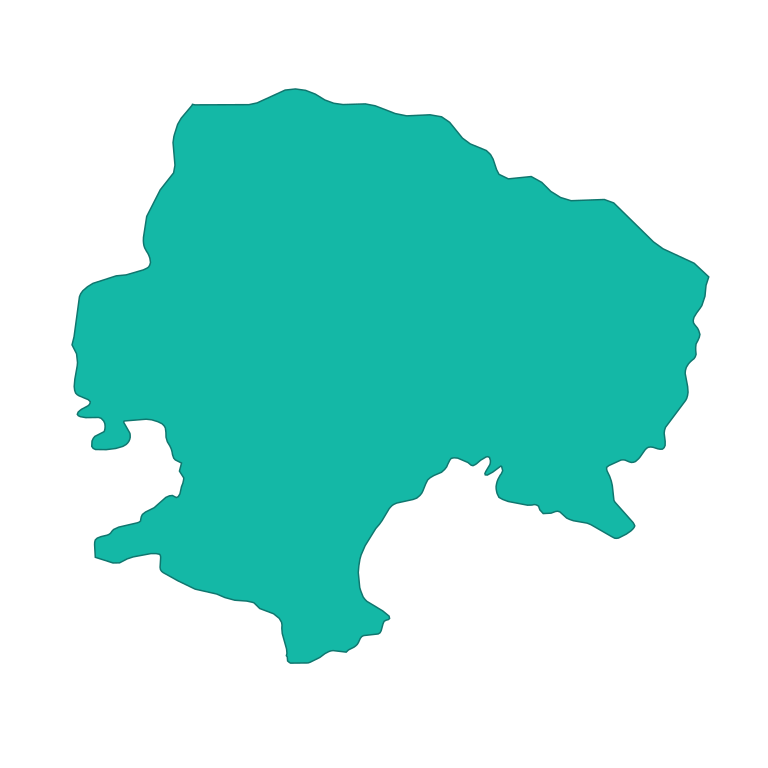 outline of Karachay-Cherkess, rotated 185°
{"feature_id": "RUS-2280", "entity_name": "Karachay-Cherkess", "entity_type": "Republic", "adm_level": 1, "iso_a3": "RUS", "parent_name": "Russia", "parent_adm1": "", "projection": "orthographic", "projection_center": [41.758, 43.838], "detail": "fine", "context": "isolated", "style": "filled", "palette": "teal", "viewbox_px": 768, "rotation_deg": 185, "n_neighbors": 0, "source": "natural_earth", "source_scale": "10m", "svg_char_len": 4846}
<svg xmlns="http://www.w3.org/2000/svg" viewBox="0 0 768 768"><g transform="rotate(185 384 384)"><path d="M180.6,587.0L170.9,584.4L128.0,549.1L117.8,543.0L85.5,531.3L69.8,519.0L71.8,510.3L71.9,499.4L74.2,489.8L75.6,487.2L78.7,482.1L81.0,477.5L81.5,474.3L81.0,471.9L79.7,470.2L76.5,466.9L75.1,464.6L73.6,460.9L74.0,457.9L75.0,454.9L76.6,451.1L76.7,447.9L76.4,444.7L75.7,440.7L76.3,438.2L77.4,436.2L78.9,434.8L80.6,433.0L82.4,430.7L84.3,426.9L84.9,423.7L84.9,420.8L81.3,407.9L80.4,402.3L80.6,398.9L81.2,396.0L82.1,393.9L99.8,365.4L100.5,362.3L100.6,359.4L98.9,351.3L98.6,347.3L99.4,345.0L100.9,343.4L103.2,343.1L105.6,343.3L110.4,344.4L112.9,344.5L115.2,344.0L116.8,342.8L118.2,341.1L122.6,333.5L123.8,331.8L126.7,328.7L128.6,327.8L130.7,327.4L132.9,327.8L137.2,329.2L139.2,329.3L141.3,328.9L152.9,322.3L154.9,320.4L154.8,318.6L154.2,316.8L151.2,311.8L149.1,307.1L147.7,302.7L144.8,288.1L143.6,286.4L123.7,267.6L122.6,266.0L121.8,264.5L122.4,262.8L123.6,261.0L125.3,259.1L129.5,255.6L136.9,251.0L139.0,250.5L140.8,250.5L144.1,251.9L165.6,261.9L169.5,263.1L183.4,264.3L187.4,265.3L190.4,266.4L197.6,271.9L200.0,272.4L202.1,271.9L206.3,269.9L214.1,268.8L217.8,272.2L219.4,275.8L221.8,276.9L223.9,277.0L226.1,276.3L230.5,275.8L250.1,277.8L255.8,279.4L259.6,281.1L261.8,284.8L262.5,286.9L263.1,289.2L263.4,291.7L263.2,294.2L262.8,296.7L262.1,299.1L260.3,303.3L259.3,304.8L258.2,307.9L259.6,312.0L260.0,312.3L260.5,312.4L268.0,305.7L273.1,302.3L275.2,302.3L275.7,303.6L275.0,305.7L271.5,312.9L271.4,313.4L271.2,314.8L271.3,317.0L272.5,320.0L274.2,320.7L276.0,320.2L281.1,316.5L285.0,312.5L286.2,311.6L288.2,310.4L290.1,310.7L293.5,313.1L304.1,316.6L307.8,316.6L310.5,315.8L311.5,314.4L312.0,313.4L313.6,309.3L314.3,307.0L316.1,304.2L319.0,301.1L326.3,297.2L329.8,294.7L332.1,292.3L333.8,288.0L335.9,281.0L336.9,278.5L338.5,276.1L341.4,273.2L345.0,271.5L361.0,266.5L363.8,264.9L365.4,263.6L366.8,261.9L368.0,260.2L374.0,247.8L376.3,243.9L379.6,239.3L388.7,221.3L391.9,211.7L392.7,207.5L393.2,200.8L393.2,194.0L390.4,179.0L389.0,175.6L386.2,170.0L384.1,167.7L382.1,166.0L365.4,157.8L358.7,153.2L358.0,150.9L359.1,149.7L361.3,148.9L363.2,147.6L364.1,144.9L365.3,138.0L366.3,135.8L368.0,134.5L382.4,131.6L384.2,130.4L385.4,128.6L387.0,124.1L388.0,122.2L389.4,120.6L391.0,119.2L396.2,116.0L398.3,113.6L411.5,114.0L413.7,113.5L415.7,112.6L419.3,110.3L424.1,106.0L433.3,100.4L435.4,99.5L452.8,97.8L454.1,98.4L455.9,99.7L456.6,103.8L457.6,104.8L457.2,107.2L458.0,111.6L463.6,126.5L464.5,131.8L464.6,135.0L465.3,137.7L467.9,141.4L474.0,145.5L488.2,149.5L494.5,154.7L496.3,155.1L501.8,155.8L513.8,155.6L523.9,157.4L532.4,160.2L554.3,163.2L572.0,169.9L587.4,176.8L589.2,178.0L590.5,179.6L591.1,181.9L591.3,189.9L591.4,192.2L591.9,193.8L592.7,194.8L596.1,195.2L601.6,194.7L618.8,189.9L624.6,187.4L631.8,182.8L638.4,182.1L656.5,186.2L658.3,198.7L658.4,201.2L658.0,203.5L656.2,205.5L652.6,207.3L646.6,209.3L644.9,210.2L643.4,211.5L642.2,213.6L640.7,215.5L635.8,218.3L617.7,224.2L615.8,225.1L614.6,226.3L614.5,228.2L614.2,230.6L613.3,233.0L610.4,235.7L602.2,240.7L591.5,252.0L588.0,253.9L585.1,254.5L581.0,252.8L579.2,253.8L577.7,256.8L576.8,264.0L575.7,267.7L575.3,271.0L575.3,273.0L580.2,279.4L578.8,287.6L585.3,290.2L587.0,291.8L588.5,295.1L589.2,297.9L590.3,300.8L591.9,303.6L594.8,307.6L596.5,312.0L597.0,316.6L598.0,321.2L599.5,323.3L601.7,325.1L605.9,326.7L612.3,328.1L617.9,328.2L639.1,324.6L639.8,324.2L640.0,323.4L639.6,322.6L633.3,313.5L632.8,312.6L632.6,311.9L632.4,310.7L632.2,308.7L632.5,306.6L633.2,304.6L634.3,302.8L635.7,301.2L638.7,299.1L645.6,296.4L655.0,294.4L665.7,293.6L668.1,294.5L669.7,296.4L669.9,301.7L668.9,304.5L667.5,306.6L658.9,312.0L658.6,312.4L658.4,313.1L658.1,314.9L658.1,317.3L658.6,320.1L659.9,322.6L662.8,325.2L665.4,325.8L678.2,324.5L683.7,325.0L685.8,325.8L686.9,327.1L686.2,329.4L684.7,331.0L683.1,332.5L677.2,336.3L676.0,337.5L675.2,339.0L675.1,340.8L677.2,342.6L686.9,345.7L688.8,346.7L690.4,348.1L691.6,350.7L692.4,354.5L692.4,361.7L691.2,375.4L691.2,378.7L692.9,387.3L698.2,395.8L696.9,404.0L695.0,444.4L694.0,447.5L692.1,450.7L687.9,455.0L682.7,458.9L660.2,468.4L650.5,470.2L633.7,476.7L630.3,478.7L628.7,480.0L627.7,482.1L627.2,484.7L628.2,488.9L629.4,491.5L630.7,493.7L632.0,495.3L634.3,498.8L635.2,500.9L635.8,503.2L636.2,505.6L636.4,509.1L635.0,530.3L623.8,558.0L612.0,576.0L611.3,583.7L615.2,606.1L614.9,612.1L614.5,614.4L612.2,624.7L609.2,631.1L599.5,644.9L599.2,645.9L596.6,645.6L542.9,650.5L534.8,653.0L533.1,654.0L508.1,668.2L497.9,670.2L487.7,669.7L477.7,666.8L467.7,661.8L458.5,659.3L449.2,658.8L427.0,661.4L417.1,660.4L396.4,654.4L384.8,653.1L361.6,656.2L349.9,655.2L341.4,650.4L327.3,635.8L319.0,630.7L302.4,625.5L297.9,621.9L294.9,617.5L290.5,607.3L287.7,602.9L278.0,599.2L255.4,603.5L244.4,598.6L234.6,590.4L224.4,585.2L213.6,582.9L180.6,587.0Z" fill="#14b8a6" stroke="#0f766e" stroke-width="1.5"/></g></svg>